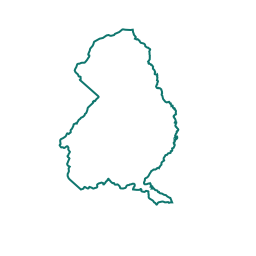 Rondônia, Natural Earth projection, rotated 221°
{"feature_id": "BRA-595", "entity_name": "Rondônia", "entity_type": "State", "adm_level": 1, "iso_a3": "BRA", "parent_name": "Brazil", "parent_adm1": "", "projection": "natural_earth1", "projection_center": [-63.452, -10.832], "detail": "fine", "context": "isolated", "style": "outline", "palette": "teal", "viewbox_px": 256, "rotation_deg": 221, "n_neighbors": 0, "source": "natural_earth", "source_scale": "10m", "svg_char_len": 5763}
<svg xmlns="http://www.w3.org/2000/svg" viewBox="0 0 256 256"><g transform="rotate(221 128 128)"><path d="M79.6,116.0L80.0,114.9L80.3,114.3L81.2,113.8L81.5,113.2L81.7,111.9L82.2,110.9L81.9,109.7L81.7,108.0L81.1,105.5L81.0,104.4L81.1,103.3L81.8,101.6L81.9,100.9L81.7,100.5L80.9,99.5L80.2,97.4L79.5,96.7L79.1,96.5L78.3,96.6L76.9,98.0L76.3,99.3L76.0,99.7L75.5,99.9L75.2,100.8L74.1,100.5L72.9,99.5L72.1,99.7L72.2,98.6L71.0,99.1L70.8,99.0L70.4,98.0L70.0,98.6L70.0,99.4L69.6,99.3L69.3,98.7L68.6,99.3L66.7,99.0L65.2,99.9L64.7,100.0L63.4,99.4L63.0,99.5L62.6,100.0L62.2,99.7L60.9,99.8L59.4,100.8L57.1,101.2L55.3,102.2L53.4,102.1L50.6,102.7L50.2,103.0L45.9,100.8L47.2,99.7L48.0,98.4L49.1,98.4L50.6,96.8L51.4,96.1L53.0,95.6L53.9,95.0L56.2,91.9L56.3,91.0L56.0,89.4L56.1,89.0L56.3,88.9L58.4,89.3L59.6,89.0L60.7,89.4L61.8,89.5L65.4,88.9L66.5,89.0L67.3,89.6L68.5,91.2L69.2,91.5L69.5,92.0L70.4,92.7L70.8,93.4L71.2,93.5L73.0,92.5L73.2,92.3L73.5,90.8L73.7,90.5L75.7,89.3L76.5,89.2L77.0,89.5L77.5,90.3L78.3,90.4L78.5,90.2L78.7,89.1L79.0,88.6L81.0,86.9L83.9,84.9L84.2,85.2L84.3,86.1L84.8,86.8L84.8,87.9L85.0,88.8L86.0,89.8L87.0,89.8L88.0,88.9L88.7,87.5L89.5,86.7L89.8,85.6L90.7,84.7L91.0,84.1L91.1,83.3L90.6,81.6L90.7,81.0L92.0,79.1L94.0,77.6L94.6,77.6L95.9,78.5L98.3,78.7L99.0,78.5L99.9,77.3L100.8,76.7L101.4,76.7L102.0,77.1L102.5,77.2L103.6,76.2L106.0,76.2L107.2,76.6L108.2,76.2L109.3,76.9L109.5,76.8L109.6,76.3L109.2,74.3L109.5,72.9L109.2,72.1L109.2,69.6L109.6,69.3L109.8,69.4L110.2,70.1L110.6,70.1L112.2,69.4L113.0,68.0L113.6,67.2L114.1,65.6L114.1,65.0L113.8,64.6L112.6,63.5L112.5,63.0L112.6,62.4L113.6,61.0L114.2,59.8L114.7,59.4L116.3,59.1L118.4,58.3L118.5,57.8L118.2,56.7L118.5,56.1L119.0,55.8L121.9,55.2L122.1,55.0L122.2,54.5L121.9,52.9L123.2,50.7L138.0,50.9L139.8,51.1L142.1,52.2L143.4,53.8L143.6,54.4L143.7,55.2L144.3,56.7L146.3,58.5L146.6,60.6L148.6,60.2L149.5,60.4L150.3,60.9L150.6,61.4L150.7,62.2L151.2,63.3L152.2,66.6L152.9,66.8L154.3,66.7L155.2,67.1L155.2,68.2L155.7,69.3L156.0,71.4L156.4,72.0L157.4,72.1L158.9,72.6L159.3,72.9L159.7,73.7L160.1,74.1L161.5,74.5L162.0,74.3L162.3,73.8L162.7,71.8L163.1,71.0L163.5,70.8L164.6,70.7L165.6,69.6L165.9,69.5L168.2,70.1L168.5,70.7L168.4,71.7L170.8,73.8L171.3,74.8L171.3,75.6L170.3,77.9L169.6,80.6L169.7,81.5L170.3,83.4L170.3,84.1L168.8,84.6L168.8,85.6L168.4,86.7L168.5,87.4L169.5,88.2L169.7,88.6L169.9,89.1L169.8,90.6L170.5,93.4L171.4,95.1L171.4,95.4L170.9,96.2L170.5,97.3L169.8,97.5L169.5,97.8L170.0,98.7L170.1,100.0L170.5,101.8L170.1,103.5L170.2,104.9L169.3,106.9L169.1,108.8L169.2,109.3L169.7,110.3L169.4,111.7L169.5,112.4L170.5,115.0L171.4,116.4L171.6,117.1L170.9,124.0L171.0,124.3L171.6,124.6L171.7,124.9L171.4,126.3L171.2,126.5L170.7,126.4L170.5,126.8L170.8,128.8L170.4,131.7L170.7,132.3L171.6,132.5L195.7,132.7L195.9,132.8L195.7,133.7L195.9,134.0L197.4,135.5L197.8,135.4L198.8,134.7L199.3,134.7L200.3,135.3L201.6,135.7L202.6,135.5L203.7,135.7L204.4,135.7L206.0,136.5L206.6,138.0L207.0,140.1L208.0,142.5L208.1,143.0L207.7,143.9L206.8,144.7L206.3,145.9L205.7,146.9L204.0,148.4L203.6,148.9L203.5,150.5L203.6,152.9L203.9,154.2L204.0,155.9L204.4,157.0L204.8,157.4L205.8,157.2L206.4,157.6L207.3,160.2L207.6,161.3L208.4,162.6L208.6,163.4L208.6,166.9L209.2,168.8L210.0,170.4L210.1,171.0L208.0,176.8L206.0,179.5L204.9,183.8L203.7,185.4L202.1,185.9L201.3,186.4L199.7,188.7L199.5,189.1L199.6,190.5L197.6,194.6L196.9,198.7L196.3,199.3L194.5,200.4L190.4,203.6L188.9,205.3L187.1,203.7L185.5,202.9L184.9,202.3L181.9,201.8L181.5,201.3L181.5,200.1L181.4,199.9L180.7,200.2L179.7,200.4L179.3,200.7L179.2,201.2L179.0,201.4L177.4,201.3L176.7,201.5L175.9,201.0L174.3,200.7L171.7,202.0L170.7,202.2L169.6,201.9L168.5,201.0L166.3,201.3L165.3,201.9L164.8,201.7L163.4,202.0L162.9,201.9L162.7,201.7L162.1,199.6L161.2,199.0L160.1,197.7L159.0,197.0L158.6,196.3L158.3,196.1L156.6,194.0L156.4,191.3L155.8,191.2L155.3,190.5L155.1,190.4L155.1,191.0L154.2,190.5L152.3,191.1L151.9,190.8L151.6,191.1L151.3,191.1L150.2,191.0L149.6,190.6L149.2,190.6L149.0,190.2L148.1,189.1L146.2,189.0L144.1,188.0L143.9,187.0L143.1,186.2L142.8,186.3L142.2,186.7L141.2,186.9L141.1,187.5L140.7,187.2L140.0,186.5L139.7,185.7L138.9,185.4L137.4,183.0L136.8,183.3L136.0,182.9L135.6,182.0L135.4,181.1L134.6,180.1L134.7,179.5L134.4,179.0L134.2,178.1L134.0,177.7L132.6,177.2L131.8,177.5L131.5,178.1L131.0,178.1L130.2,178.9L128.3,179.0L127.3,178.3L126.6,178.0L125.7,177.3L125.5,176.8L124.9,176.4L124.8,175.6L124.4,175.1L123.1,174.8L121.7,173.7L120.4,172.9L117.0,172.3L115.6,172.7L114.2,174.7L113.8,174.7L113.0,174.2L111.8,174.6L111.3,173.8L109.9,173.7L109.6,173.2L109.0,174.1L108.7,174.0L108.1,173.2L107.3,172.8L106.8,172.9L106.1,173.4L105.6,173.4L105.4,172.6L105.0,172.5L104.1,172.7L103.1,172.4L102.4,171.6L101.8,170.5L100.9,170.1L100.8,169.6L101.3,168.5L101.4,167.3L101.3,166.8L100.9,166.4L100.5,166.3L100.4,166.5L99.5,165.9L98.5,165.8L96.8,164.8L96.2,164.1L96.4,163.3L96.2,162.7L95.8,162.8L95.7,162.9L95.6,163.9L95.3,164.0L95.1,163.8L94.9,163.5L95.1,163.1L94.4,162.2L93.8,160.8L92.7,160.3L92.2,160.5L90.7,160.1L89.7,160.1L89.0,159.8L88.6,159.0L88.6,158.5L89.0,157.7L89.0,157.4L88.8,157.1L88.3,156.8L88.2,156.6L88.0,154.9L87.6,154.0L87.4,153.1L86.3,152.3L86.3,151.4L85.8,151.7L85.6,153.4L85.4,153.7L85.1,153.6L84.3,152.8L84.2,152.4L84.2,151.4L84.5,150.5L84.4,149.8L84.5,149.6L85.0,149.4L84.4,148.7L83.8,148.5L83.7,147.8L83.9,147.0L83.7,146.7L82.9,146.1L82.1,146.3L81.4,145.6L80.6,143.0L81.3,141.5L80.2,140.6L79.9,140.1L79.8,139.5L80.3,139.0L80.5,138.5L79.6,137.4L79.7,136.8L80.9,135.5L81.1,135.0L80.9,133.5L81.9,132.1L81.9,131.7L81.6,131.2L81.4,128.9L81.2,128.5L80.5,127.7L79.5,127.4L79.4,127.1L79.8,125.8L80.0,124.3L79.8,123.5L78.7,122.3L78.8,120.6L78.5,119.7L78.7,118.9L78.3,118.0L78.9,117.9L79.3,117.5L79.8,116.4L79.6,116.0Z" fill="none" stroke="#0f766e" stroke-width="2"/></g></svg>